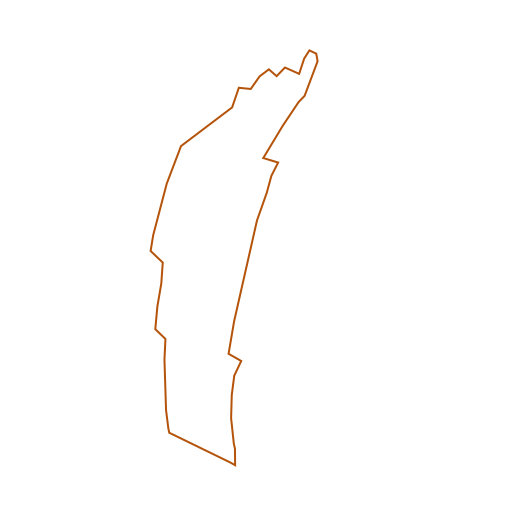 Juniata, Pennsylvania, United States of America, rotated 314°
{"feature_id": "52423323B41767417626536", "entity_name": "Juniata", "entity_type": "district", "adm_level": 2, "iso_a3": "USA", "parent_name": "United States of America", "parent_adm1": "Pennsylvania", "projection": "albers", "projection_center": [-77.347, 40.479], "detail": "fine", "context": "isolated", "style": "outline", "palette": "amber", "viewbox_px": 512, "rotation_deg": 314, "n_neighbors": 0, "source": "geoboundaries", "source_scale": "gbopen_adm2", "svg_char_len": 689}
<svg xmlns="http://www.w3.org/2000/svg" viewBox="0 0 512 512"><g transform="rotate(314 256 256)"><path d="M283.0,125.7L246.1,141.5L199.7,167.5L186.4,176.7L186.5,193.5L170.4,207.0L151.2,220.1L133.4,234.4L133.4,248.5L117.9,262.1L82.7,298.3L71.1,312.7L68.6,316.4L89.8,381.6L91.0,386.3L102.7,374.8L105.6,370.4L122.1,350.7L139.2,335.1L154.8,323.5L170.2,318.3L166.6,304.2L193.7,285.7L282.3,232.0L309.0,219.8L324.3,211.4L338.6,207.0L331.5,193.2L368.1,184.8L396.4,179.7L405.0,179.7L438.9,165.0L443.4,158.8L441.0,151.6L431.5,153.5L417.0,160.5L411.7,145.9L399.7,145.9L399.2,135.6L387.7,133.8L372.5,136.2L365.1,126.8L346.3,135.6L283.0,125.7Z" fill="none" stroke="#b45309" stroke-width="2"/></g></svg>